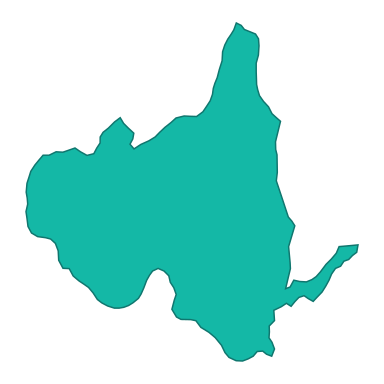 Cruzeiro da Fortaleza, Minas Gerais, Brazil (Natural Earth projection)
{"feature_id": "56859067B23178388269871", "entity_name": "Cruzeiro da Fortaleza", "entity_type": "district", "adm_level": 2, "iso_a3": "BRA", "parent_name": "Brazil", "parent_adm1": "Minas Gerais", "projection": "natural_earth1", "projection_center": [-46.666, -18.961], "detail": "fine", "context": "isolated", "style": "filled", "palette": "teal", "viewbox_px": 384, "rotation_deg": 0, "n_neighbors": 0, "source": "geoboundaries", "source_scale": "gbopen_adm2", "svg_char_len": 2279}
<svg xmlns="http://www.w3.org/2000/svg" viewBox="0 0 384 384"><path d="M358.0,244.9L348.4,245.8L339.1,246.6L336.3,253.2L331.3,259.1L326.0,264.4L320.3,272.0L316.2,276.6L311.9,279.6L306.4,281.9L299.7,281.5L293.8,280.2L290.1,287.0L285.6,288.7L288.3,277.3L290.4,268.6L290.1,262.7L288.6,246.6L294.8,225.8L291.9,221.2L288.3,217.0L282.1,198.2L276.3,180.8L277.3,172.4L277.0,154.8L275.7,149.5L275.5,141.8L280.5,121.3L276.5,117.8L272.0,113.7L268.5,106.8L263.5,101.4L259.5,95.7L257.7,89.8L256.6,84.5L256.4,77.7L256.2,71.8L256.2,63.1L258.4,55.1L259.0,45.8L258.5,38.8L255.5,34.0L249.6,31.6L244.4,29.5L241.2,25.4L236.3,23.0L233.8,29.9L231.1,34.3L227.8,39.1L224.8,45.0L222.6,51.7L222.1,60.8L219.4,69.3L217.2,77.7L214.9,83.3L213.3,88.4L212.5,94.3L210.2,100.8L206.7,106.2L202.9,111.8L196.6,116.5L190.0,116.3L184.1,116.0L176.0,118.0L171.2,122.4L165.0,127.3L159.9,132.1L155.1,137.0L148.9,140.8L140.9,144.4L134.0,148.9L130.0,144.2L132.8,138.9L133.8,133.2L128.3,128.1L123.6,123.4L120.2,117.7L114.6,121.9L108.4,128.1L103.1,132.3L100.2,137.0L100.1,143.0L96.8,148.0L93.8,153.7L87.0,155.4L80.5,151.8L75.0,148.0L69.0,150.1L62.9,152.2L56.1,151.8L49.1,155.2L43.1,155.2L39.1,159.9L35.0,164.9L30.8,171.3L29.1,176.8L27.0,183.3L26.2,192.2L27.2,198.0L27.7,204.1L26.0,211.6L27.0,218.4L28.0,226.5L31.5,233.0L37.6,236.6L45.6,237.7L50.6,239.0L55.4,243.4L58.2,250.8L58.7,260.3L63.0,268.3L69.2,268.6L73.2,276.0L79.0,280.9L83.8,284.1L88.5,287.4L93.1,292.9L97.4,299.5L101.8,302.9L107.7,306.0L114.3,308.1L119.2,308.1L123.8,307.3L128.6,305.5L133.1,302.7L138.4,298.4L141.1,294.0L143.8,287.9L146.7,280.2L149.6,275.1L152.6,271.0L158.1,268.4L164.0,271.0L168.8,275.8L170.3,282.3L173.8,287.7L176.2,294.5L174.3,300.1L171.9,309.3L176.5,317.0L181.0,319.4L190.8,319.6L195.9,320.7L200.9,327.4L208.9,332.3L215.2,337.6L221.5,345.3L225.0,352.6L229.0,357.4L236.1,360.7L242.6,361.0L248.1,358.9L253.2,356.2L257.2,351.5L262.7,351.1L266.5,354.2L271.7,356.2L274.5,349.0L272.0,342.3L269.0,337.8L269.4,331.9L269.2,326.0L274.5,320.6L273.8,310.3L281.3,306.7L286.4,303.3L291.1,306.3L294.9,301.6L298.9,297.4L304.1,295.7L308.4,298.7L313.2,301.4L316.9,297.4L322.0,292.1L325.7,286.2L329.0,280.2L331.6,274.0L335.5,268.4L340.6,266.2L343.9,261.2L348.7,259.5L352.5,255.5L356.7,252.3L358.0,244.9Z" fill="#14b8a6" stroke="#0f766e" stroke-width="1.5"/></svg>